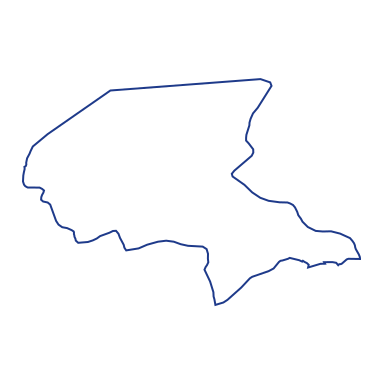 SVG path tracing the border of Shabwah
{"feature_id": "YEM-336", "entity_name": "Shabwah", "entity_type": "Governorate", "adm_level": 1, "iso_a3": "YEM", "parent_name": "Yemen", "parent_adm1": "", "projection": "albers", "projection_center": [47.196, 14.654], "detail": "fine", "context": "isolated", "style": "outline", "palette": "blue", "viewbox_px": 384, "rotation_deg": 0, "n_neighbors": 0, "source": "natural_earth", "source_scale": "10m", "svg_char_len": 1916}
<svg xmlns="http://www.w3.org/2000/svg" viewBox="0 0 384 384"><path d="M361.0,259.0L348.4,258.8L346.7,259.4L341.9,263.6L340.9,264.1L340.0,264.1L339.1,264.3L338.2,265.2L336.2,262.8L332.4,262.1L324.2,262.2L324.5,262.7L325.0,263.7L320.5,263.8L308.1,267.5L308.7,264.8L306.9,263.1L304.5,261.9L302.9,260.8L302.2,261.6L299.2,260.2L289.7,257.9L288.0,258.8L282.4,260.5L280.5,260.8L279.0,261.9L273.6,268.5L268.7,271.1L252.2,276.8L249.9,278.3L241.2,287.6L227.4,299.9L223.4,302.5L215.4,304.9L214.4,299.3L213.6,296.5L213.4,292.2L210.1,281.5L204.5,269.7L205.6,267.1L207.0,265.1L208.3,262.3L207.9,258.7L208.0,253.8L206.6,249.1L202.7,246.6L188.0,245.8L180.7,244.2L173.8,241.7L166.2,240.7L158.0,241.7L147.2,244.7L138.6,248.4L126.2,250.4L124.4,247.7L123.7,244.8L120.0,237.9L118.5,233.8L116.0,230.8L112.9,231.0L109.5,232.7L100.1,236.1L96.8,238.5L92.8,240.4L87.9,242.0L78.2,242.8L75.8,240.6L75.4,238.7L74.5,236.8L74.3,235.3L73.9,234.0L74.0,232.8L73.7,231.5L71.6,230.1L67.1,228.1L62.2,227.2L58.5,224.6L56.1,220.9L50.2,204.6L47.7,202.5L43.1,201.5L41.1,199.7L41.3,197.1L42.1,194.9L43.4,192.6L44.0,190.5L42.1,188.9L39.6,187.6L27.6,187.5L25.3,186.2L24.0,184.6L23.0,181.5L23.3,175.5L23.9,172.2L24.6,169.2L24.6,167.8L24.4,166.9L25.8,166.0L26.3,164.6L26.2,162.7L27.1,158.3L29.6,153.6L30.5,151.3L32.8,146.5L47.7,134.1L110.4,90.5L260.5,79.1L270.2,82.4L271.5,85.9L257.7,107.8L253.0,113.4L250.6,118.8L249.5,122.7L249.4,125.3L246.4,134.8L246.1,137.8L246.1,140.6L248.7,143.4L253.2,149.3L253.3,152.6L251.7,155.8L234.3,170.7L231.8,173.8L232.6,176.5L244.5,184.9L252.2,192.4L260.3,197.8L268.6,200.8L279.6,202.3L287.5,202.5L290.2,203.5L293.0,205.0L295.0,207.4L297.2,211.8L298.3,215.2L300.9,218.7L302.5,221.7L307.8,227.0L315.7,230.9L322.8,231.5L331.0,231.3L340.1,233.6L350.0,238.1L352.4,240.9L354.0,243.2L354.9,245.4L355.2,247.3L355.8,249.1L358.8,254.4L359.7,256.6L360.0,258.1L360.0,259.0L361.0,259.0Z" fill="none" stroke="#1e3a8a" stroke-width="2"/></svg>